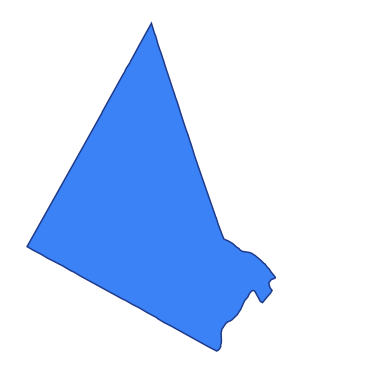 San Benito, Petén, Guatemala (Robinson projection), rotated 29°
{"feature_id": "79465075B93827188855866", "entity_name": "San Benito", "entity_type": "district", "adm_level": 2, "iso_a3": "GTM", "parent_name": "Guatemala", "parent_adm1": "Petén", "projection": "robinson", "projection_center": [-90.016, 16.973], "detail": "fine", "context": "isolated", "style": "filled", "palette": "blue", "viewbox_px": 384, "rotation_deg": 29, "n_neighbors": 0, "source": "geoboundaries", "source_scale": "gbopen_adm2", "svg_char_len": 1531}
<svg xmlns="http://www.w3.org/2000/svg" viewBox="0 0 384 384"><g transform="rotate(29 192 192)"><path d="M296.3,221.7L294.4,221.3L290.8,219.6L289.7,219.6L285.1,218.3L278.1,217.0L274.0,216.7L271.7,217.0L264.6,219.6L261.2,219.2L260.6,218.7L258.0,218.6L252.6,217.4L247.6,217.2L245.2,217.5L243.5,217.6L242.4,217.6L241.8,216.9L239.7,215.3L230.4,207.4L225.3,202.5L224.7,202.3L223.3,200.9L184.2,165.9L176.1,158.5L171.4,153.9L170.6,153.2L167.4,150.1L165.5,148.5L161.3,144.4L158.7,142.2L155.3,139.2L151.9,136.1L143.9,128.6L137.4,122.3L133.4,118.7L131.5,117.1L129.1,114.7L126.6,112.5L118.4,104.9L108.3,95.6L104.6,92.0L96.7,84.7L95.1,83.4L90.9,79.6L84.4,73.0L82.6,71.7L74.7,64.1L74.7,88.9L74.9,106.3L74.7,107.0L75.1,108.0L74.6,114.4L74.6,118.2L74.8,118.7L74.9,119.3L74.7,122.8L74.7,165.5L74.9,166.5L74.8,199.4L74.2,319.7L80.7,319.9L91.0,319.6L97.6,319.9L114.5,319.3L123.8,319.6L127.7,319.3L134.5,319.6L184.1,319.3L185.7,319.0L194.6,319.2L201.7,318.9L211.6,319.2L221.8,319.0L223.4,319.4L231.2,319.7L238.0,319.4L281.0,319.4L290.7,319.1L291.6,317.7L292.1,316.3L292.1,313.3L291.1,311.9L291.1,311.0L290.3,308.6L285.7,301.0L284.7,297.4L285.3,290.1L285.8,289.7L286.1,288.3L287.9,286.3L289.0,284.2L291.0,277.7L291.5,271.0L290.7,261.7L291.7,256.8L291.5,253.0L292.0,250.3L292.6,249.0L293.7,248.2L295.5,248.6L304.9,254.6L307.3,254.6L308.5,248.0L309.7,242.1L309.8,239.3L306.7,237.9L304.8,236.1L303.2,234.0L303.8,230.2L306.4,227.1L306.4,226.5L305.9,226.0L299.9,223.6L298.0,222.6L296.3,221.7Z" fill="#3b82f6" stroke="#1e3a8a" stroke-width="1.5"/></g></svg>